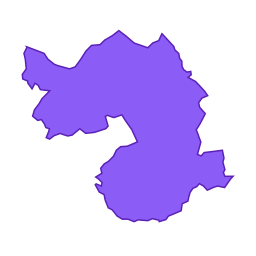 the district of Karamoullides, Paphos, Cyprus, rotated 260°
{"feature_id": "46923920B15224783419996", "entity_name": "Karamoullides", "entity_type": "district", "adm_level": 2, "iso_a3": "CYP", "parent_name": "Cyprus", "parent_adm1": "Paphos", "projection": "orthographic", "projection_center": [32.433, 35.012], "detail": "fine", "context": "isolated", "style": "filled", "palette": "violet", "viewbox_px": 256, "rotation_deg": 260, "n_neighbors": 0, "source": "geoboundaries", "source_scale": "gbopen_adm2", "svg_char_len": 1848}
<svg xmlns="http://www.w3.org/2000/svg" viewBox="0 0 256 256"><g transform="rotate(260 128 128)"><path d="M30.4,142.5L31.2,149.4L34.2,152.4L35.8,159.6L37.3,166.0L44.0,168.2L45.6,174.3L50.0,176.1L53.8,178.0L57.3,181.4L58.3,185.5L60.8,188.6L57.8,192.2L53.0,195.3L54.8,202.4L55.2,206.3L52.6,212.8L60.0,220.2L62.2,223.1L63.6,215.0L67.6,214.2L70.2,216.2L77.9,215.5L81.7,217.3L88.6,217.1L89.7,217.1L90.1,207.9L90.6,198.7L87.8,195.2L89.9,191.8L101.6,197.3L106.6,196.3L108.9,196.0L114.4,194.9L117.6,197.8L119.8,199.8L128.7,206.6L135.9,202.2L140.6,201.9L144.6,206.0L146.0,212.1L148.8,210.8L150.5,210.1L154.6,207.5L162.1,202.6L167.3,196.0L169.5,199.5L172.8,199.6L172.8,195.8L175.6,193.1L179.1,191.9L184.6,192.6L187.4,191.0L192.6,190.9L196.8,187.7L200.2,187.3L200.4,187.2L214.9,177.9L215.0,177.8L208.7,173.4L207.5,167.3L203.6,161.4L210.6,148.8L219.0,141.9L225.5,135.9L221.7,128.7L218.6,120.3L214.9,114.9L215.7,106.4L211.1,100.0L203.6,93.1L197.4,86.7L196.4,80.7L201.7,69.5L203.8,66.2L209.8,61.0L216.1,58.3L225.6,42.3L225.0,42.5L219.6,38.5L213.7,38.8L203.9,38.1L199.1,33.2L194.5,32.9L191.7,37.3L189.5,37.2L183.2,40.3L188.2,44.2L185.6,46.9L181.0,48.4L178.2,57.4L171.8,48.4L167.4,44.7L162.1,39.0L156.2,36.1L151.2,40.4L151.3,44.2L146.7,46.3L142.7,47.2L140.9,50.5L138.3,49.3L132.7,45.8L130.7,48.9L133.3,54.0L134.4,60.2L132.5,63.6L130.6,67.3L130.7,71.7L135.6,80.4L130.1,85.4L129.5,94.1L131.2,106.1L133.3,108.7L143.3,107.7L144.1,109.8L140.7,115.9L142.0,124.2L135.4,126.9L125.6,131.5L112.7,134.9L110.2,124.1L110.9,117.5L108.2,112.7L102.7,108.8L98.5,102.9L96.8,98.4L93.1,94.1L88.0,94.4L85.3,87.7L83.2,89.9L78.8,93.0L75.5,91.6L78.5,86.9L77.8,85.9L69.9,88.6L66.5,92.9L61.0,93.0L52.8,94.7L50.3,98.1L47.9,99.5L43.3,101.9L39.2,106.5L38.2,112.2L34.7,117.8L35.8,121.9L33.3,131.4L34.5,136.2L31.9,142.3L30.4,142.5Z" fill="#8b5cf6" stroke="#5b21b6" stroke-width="1.5"/></g></svg>